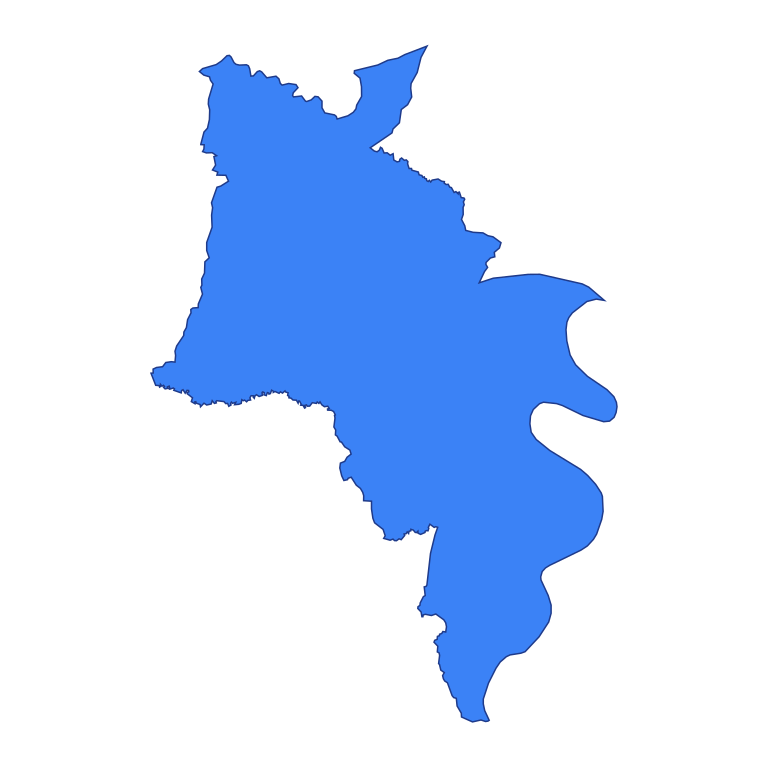 outline of Mueang Uthai Thani, Uthai Thani, Thailand
{"feature_id": "78962969B55424079588300", "entity_name": "Mueang Uthai Thani", "entity_type": "district", "adm_level": 2, "iso_a3": "THA", "parent_name": "Thailand", "parent_adm1": "Uthai Thani", "projection": "mercator", "projection_center": [99.999, 15.387], "detail": "fine", "context": "isolated", "style": "filled", "palette": "blue", "viewbox_px": 768, "rotation_deg": 0, "n_neighbors": 0, "source": "geoboundaries", "source_scale": "gbopen_adm2", "svg_char_len": 6078}
<svg xmlns="http://www.w3.org/2000/svg" viewBox="0 0 768 768"><path d="M199.4,71.5L203.8,75.1L209.5,76.8L210.5,80.3L213.1,84.0L208.6,99.1L208.3,104.1L209.7,109.8L209.4,119.6L207.5,128.2L204.0,132.0L200.9,143.9L200.8,144.6L204.2,144.8L203.9,149.1L202.6,151.6L206.3,152.9L212.2,152.7L216.6,155.7L213.9,156.6L215.6,165.1L212.5,170.0L217.8,172.1L216.9,175.1L225.9,175.3L228.5,181.2L220.7,186.1L217.0,187.2L211.5,202.8L212.6,207.7L211.6,215.1L212.1,227.2L206.7,242.5L206.7,250.5L209.2,257.8L204.9,261.8L204.5,273.1L201.7,279.0L201.9,285.1L200.8,287.4L202.5,294.1L198.3,304.0L198.2,307.6L192.9,308.0L190.8,309.5L191.0,312.9L187.6,319.6L186.4,327.6L183.9,332.0L183.7,335.5L176.7,345.9L175.0,351.2L175.6,355.5L175.0,362.1L171.3,361.7L165.8,362.5L162.6,366.7L156.5,367.5L153.1,369.1L153.2,373.0L151.0,373.2L155.7,385.3L159.1,385.6L159.6,387.1L160.4,386.6L160.5,384.4L162.0,386.2L163.5,385.3L164.5,386.4L163.6,387.4L165.1,388.9L167.5,388.4L167.3,386.9L169.2,386.1L169.7,387.9L168.3,388.3L169.7,389.2L173.3,388.0L174.5,388.9L173.8,390.3L181.2,392.9L181.6,390.5L183.0,389.7L185.2,393.2L187.0,390.3L188.6,390.5L188.8,391.8L187.3,392.5L187.2,393.7L192.5,397.8L191.3,401.6L194.9,403.7L194.8,401.9L195.8,401.7L196.3,403.2L200.1,404.5L200.5,406.8L204.0,403.2L206.7,405.0L211.2,404.0L212.2,400.7L214.4,403.4L216.3,402.9L215.9,401.5L216.8,400.7L224.0,401.6L225.7,403.6L227.6,403.4L228.8,406.3L231.0,405.0L230.6,403.4L231.4,402.1L232.6,403.3L235.8,402.3L234.6,404.7L238.8,404.3L241.2,403.4L241.8,399.7L243.3,400.7L244.6,400.1L246.6,401.8L247.9,400.4L250.6,400.0L249.9,397.8L251.1,395.7L253.5,395.8L253.2,397.1L254.3,398.3L254.8,396.2L256.4,394.7L259.1,396.5L262.3,395.4L262.1,392.4L262.8,391.9L264.3,392.7L263.9,394.8L266.3,395.6L267.4,392.6L268.7,393.0L269.0,394.1L270.4,393.6L271.6,390.2L273.3,391.2L273.3,392.4L275.0,391.5L279.1,393.3L280.4,391.8L282.5,393.1L285.0,390.9L285.6,392.0L288.1,392.8L287.6,395.5L289.0,396.2L288.9,397.8L291.1,398.2L292.9,400.0L296.4,400.2L298.1,403.2L298.7,401.0L299.5,401.0L301.1,404.0L300.7,405.2L303.0,405.3L304.6,408.1L305.5,407.6L304.8,405.4L306.5,404.9L307.1,406.2L309.7,406.1L312.3,402.7L316.4,403.4L317.2,402.0L318.9,403.4L320.0,401.9L321.8,404.8L324.4,406.7L327.8,406.2L329.2,408.4L327.5,409.0L327.6,410.1L331.3,410.3L333.6,411.5L335.3,414.9L334.5,415.4L335.0,418.0L333.9,427.0L335.7,430.0L335.4,434.9L337.1,436.1L340.1,441.8L341.5,442.1L344.7,446.8L349.9,450.1L351.1,454.1L347.1,457.2L344.7,461.4L340.4,463.1L339.8,468.0L341.7,475.8L343.9,480.5L347.5,479.7L348.1,478.3L351.2,477.2L356.3,485.2L360.4,488.4L362.7,492.3L363.7,495.7L363.6,500.7L371.5,501.2L371.5,508.9L372.9,518.3L374.6,522.8L383.1,529.4L385.2,535.8L383.7,538.4L390.1,540.2L393.0,539.1L394.5,540.6L396.5,540.7L399.1,538.8L401.2,539.7L404.7,535.5L404.1,534.0L406.1,533.7L407.2,531.9L408.6,533.5L409.0,531.3L410.8,530.8L410.9,529.3L413.3,530.1L415.2,532.4L416.5,532.6L417.9,531.2L418.0,533.2L420.6,534.4L425.0,532.5L425.1,531.3L426.4,530.6L428.0,530.8L428.8,528.3L428.3,527.4L429.9,524.2L434.2,527.4L435.7,526.7L437.7,527.3L435.0,535.0L430.5,553.4L426.9,585.0L426.1,586.4L424.2,586.9L425.2,595.6L423.4,596.6L420.2,602.9L419.9,605.4L418.0,606.7L417.8,608.5L421.1,612.0L421.9,616.7L422.9,616.7L423.2,614.9L425.4,614.3L431.4,615.5L435.8,614.0L443.8,619.8L445.7,622.8L446.5,626.8L445.7,632.0L442.9,631.5L441.7,633.5L439.6,634.2L439.4,635.7L437.4,636.4L437.2,639.3L434.7,640.3L434.0,642.2L437.8,646.2L437.3,651.9L439.1,652.9L439.6,655.4L438.6,663.6L439.5,664.5L440.8,670.1L444.3,672.6L442.6,675.6L443.4,678.8L444.7,681.0L447.4,682.7L452.1,695.6L453.7,697.6L456.3,698.3L457.1,706.0L461.3,713.2L461.5,717.0L472.5,721.9L481.0,720.0L485.6,721.5L488.0,721.1L489.2,720.3L484.7,710.6L483.3,703.9L483.3,699.0L488.5,683.1L496.0,668.2L500.2,662.0L506.3,656.7L510.1,654.9L520.9,653.2L525.1,651.7L539.0,636.9L548.7,622.0L551.1,613.3L551.1,605.1L548.2,595.5L541.0,580.0L540.7,576.9L542.2,571.5L545.5,567.9L549.7,565.3L581.0,550.1L587.4,545.9L593.4,539.4L596.6,534.1L601.7,519.4L603.1,511.4L602.4,496.4L601.2,492.9L595.7,484.4L587.7,475.5L580.6,469.4L549.8,450.5L536.2,439.5L531.2,432.3L529.9,423.8L530.5,415.8L533.3,409.5L539.5,403.7L543.5,402.2L556.6,403.6L562.4,405.5L583.0,415.5L603.7,421.7L609.6,421.1L614.1,417.3L616.1,412.5L617.0,406.7L616.4,402.3L613.9,396.7L606.9,389.6L587.5,376.4L575.6,364.8L570.1,355.0L566.8,340.9L566.0,329.8L566.9,322.2L568.8,317.6L572.3,312.9L586.9,301.5L596.3,299.1L604.3,300.4L588.7,287.1L582.2,283.9L539.9,274.3L528.2,274.4L493.3,278.2L479.2,282.8L484.5,271.6L487.6,267.4L485.9,264.4L486.1,262.4L490.4,258.0L494.8,256.8L494.3,252.3L499.4,248.0L501.0,242.7L493.0,236.8L487.9,235.7L483.0,232.9L473.1,232.3L465.7,230.4L464.8,225.8L461.5,219.4L463.2,214.5L463.1,207.3L464.2,204.8L463.4,201.9L464.7,199.2L464.0,198.0L461.2,197.6L459.4,192.1L458.2,192.4L458.1,193.8L455.9,191.6L454.1,192.5L451.4,187.6L449.7,187.1L448.2,184.3L446.1,184.5L444.2,183.1L444.4,181.6L441.6,181.2L438.1,179.0L432.1,180.1L430.7,182.0L429.3,180.3L428.2,181.5L426.7,180.6L426.4,178.8L424.7,178.4L424.3,176.9L422.8,177.3L421.9,175.5L419.1,174.8L418.3,172.0L411.9,170.2L411.5,168.5L409.1,168.5L407.6,163.8L407.9,161.6L406.3,159.9L404.3,160.3L401.6,158.0L399.9,159.2L399.5,161.3L397.1,161.9L393.8,160.0L393.1,153.7L390.2,155.2L387.2,152.8L384.1,153.0L382.1,148.3L380.5,147.3L379.4,150.1L377.1,151.8L374.4,151.1L370.2,147.8L392.0,132.9L393.0,129.0L399.4,122.8L401.3,109.5L407.6,104.7L411.7,97.0L410.7,88.2L411.1,83.5L417.2,72.5L421.0,57.4L427.0,46.1L404.8,54.6L398.0,58.2L387.8,60.3L377.8,65.0L354.5,70.7L354.2,73.3L360.0,78.1L361.5,86.7L361.6,96.5L356.7,105.1L356.0,108.8L353.3,112.3L347.9,115.8L337.1,119.0L336.3,116.4L334.5,114.9L324.8,112.9L322.0,107.8L322.0,101.1L318.1,96.8L314.9,96.4L311.2,99.9L306.7,101.5L305.5,101.2L301.6,96.0L293.5,96.9L292.6,95.5L293.3,92.7L298.0,87.7L296.0,84.6L288.7,83.5L282.1,85.1L280.3,83.4L278.9,78.8L276.0,76.2L266.8,77.8L261.7,71.9L259.7,70.8L257.3,71.6L253.4,75.9L250.9,76.1L249.7,68.8L248.4,65.8L246.5,64.8L239.4,65.1L236.0,64.3L234.0,62.6L231.1,57.0L229.4,55.4L227.0,55.7L221.5,61.0L216.2,64.6L202.6,68.6L199.4,71.5Z" fill="#3b82f6" stroke="#1e3a8a" stroke-width="1.5"/></svg>